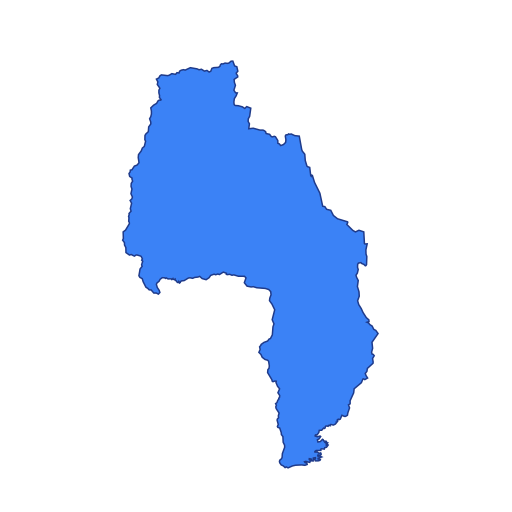 Ban Khok, Uttaradit, Thailand, rotated 323°
{"feature_id": "78962969B52849562974755", "entity_name": "Ban Khok", "entity_type": "district", "adm_level": 2, "iso_a3": "THA", "parent_name": "Thailand", "parent_adm1": "Uttaradit", "projection": "mercator", "projection_center": [100.999, 18.124], "detail": "fine", "context": "isolated", "style": "filled", "palette": "blue", "viewbox_px": 512, "rotation_deg": 323, "n_neighbors": 0, "source": "geoboundaries", "source_scale": "gbopen_adm2", "svg_char_len": 6106}
<svg xmlns="http://www.w3.org/2000/svg" viewBox="0 0 512 512"><g transform="rotate(323 256 256)"><path d="M233.2,438.2L235.0,436.5L239.3,433.6L240.3,430.5L242.2,430.7L244.1,428.2L251.6,424.1L254.5,421.1L263.9,420.6L267.3,418.6L267.9,418.8L268.5,420.2L271.7,420.6L271.9,417.7L272.6,415.5L275.1,414.9L277.3,412.8L284.9,412.1L285.8,411.1L287.4,408.0L290.4,406.8L290.4,405.2L289.7,404.1L290.4,402.4L293.6,399.9L296.7,394.7L306.8,391.4L306.9,387.5L305.9,385.5L306.6,381.8L305.7,379.5L305.5,377.0L304.8,375.7L306.8,376.4L307.7,374.9L307.0,371.6L307.5,365.4L308.4,361.4L308.8,356.7L310.2,352.9L314.3,350.2L316.7,346.6L318.6,341.4L322.9,337.1L323.5,333.6L324.3,331.5L326.6,330.7L329.5,328.3L330.3,326.1L332.1,323.9L333.5,323.3L335.8,324.4L335.9,325.6L337.1,327.6L337.4,329.6L338.1,329.8L339.1,329.4L344.2,323.1L345.0,320.7L347.4,317.3L352.1,313.2L350.3,312.0L350.1,311.3L356.6,301.6L353.7,297.4L349.9,296.6L348.7,293.8L347.5,285.5L349.4,284.5L349.7,283.8L343.5,275.3L342.2,270.2L343.2,264.5L340.5,261.2L340.7,258.0L339.2,256.4L344.8,244.3L347.0,232.6L349.5,225.6L349.2,225.0L348.1,225.6L348.1,224.7L352.2,217.6L350.9,215.6L350.8,214.8L352.8,209.4L356.2,204.1L356.1,200.1L356.6,198.4L362.7,186.3L359.4,183.2L357.6,179.8L356.1,179.0L355.5,178.1L354.3,178.2L352.9,177.3L351.6,177.8L349.8,181.2L348.0,183.1L345.0,183.5L342.2,182.7L342.1,180.5L341.3,179.1L342.9,176.9L343.3,172.5L342.6,171.4L340.7,170.7L340.1,169.8L340.1,167.0L337.8,164.3L338.5,162.4L337.9,160.6L337.4,159.7L335.0,157.9L330.7,152.3L326.8,150.0L330.3,146.5L330.7,143.8L332.4,141.8L335.0,140.6L340.8,134.8L338.5,131.1L335.8,131.4L334.9,128.7L332.3,125.3L330.1,123.4L329.7,122.6L329.8,121.7L331.0,119.7L333.4,117.3L336.6,116.1L339.2,114.5L337.9,113.4L338.1,110.3L342.3,107.3L343.2,104.4L344.8,101.8L349.2,102.0L349.9,100.8L349.9,98.9L350.3,98.0L352.7,97.5L354.6,93.3L353.3,91.3L354.8,86.4L353.3,85.4L350.4,85.6L349.0,84.9L347.4,83.3L345.4,82.8L344.0,81.7L342.6,81.9L341.3,82.8L339.5,82.7L335.7,80.2L333.7,79.6L331.1,81.2L329.3,80.9L328.5,78.3L326.1,77.3L324.8,74.0L322.6,73.0L321.5,71.0L316.9,66.1L311.3,64.9L310.3,63.6L308.1,62.6L306.2,62.4L304.7,63.5L303.2,62.0L301.1,62.5L298.5,59.7L295.5,59.4L294.0,58.8L289.4,54.4L287.7,54.3L285.5,55.3L282.9,54.8L282.4,57.9L280.4,59.6L280.2,64.2L278.3,65.1L276.6,67.3L275.5,69.9L274.3,71.2L274.2,74.1L273.6,74.2L272.6,73.3L271.3,73.1L268.4,74.3L265.0,73.9L261.1,74.4L259.7,77.3L257.9,79.7L255.8,81.4L253.6,82.4L252.6,85.6L251.5,87.2L248.0,88.3L244.8,91.9L241.2,92.3L239.8,93.0L237.2,96.3L236.9,97.9L232.7,101.3L230.2,101.4L227.6,103.0L223.2,104.3L221.2,106.5L218.7,111.1L215.6,111.8L213.0,111.0L208.8,112.5L207.3,111.8L206.1,113.1L204.2,113.7L203.0,116.4L203.9,119.2L203.2,119.9L202.5,122.0L200.1,122.9L198.1,125.2L197.2,127.9L193.6,131.0L192.8,134.5L191.2,135.7L188.9,135.9L188.4,139.0L184.1,142.6L183.2,145.0L180.2,145.6L179.8,146.4L177.9,147.9L177.7,148.8L175.2,151.7L175.1,152.8L174.3,154.0L167.4,156.8L164.4,156.8L160.6,162.2L159.0,163.1L159.0,166.1L157.6,168.1L157.1,171.0L154.2,175.0L155.5,179.1L157.2,179.7L158.8,182.9L160.9,183.1L161.6,183.6L163.9,186.7L164.0,187.5L163.5,190.0L162.2,190.5L162.4,192.0L159.3,194.2L158.9,195.7L155.6,196.6L150.6,201.3L150.4,203.2L151.5,205.7L150.4,208.6L149.3,214.7L150.1,216.8L150.3,218.7L151.8,220.0L152.1,224.1L154.1,225.6L155.1,227.7L157.3,227.3L158.0,225.2L158.2,221.8L159.3,218.8L160.4,218.0L163.5,217.8L165.3,216.9L168.1,216.9L169.9,218.4L170.2,219.4L171.1,219.4L171.9,221.3L174.5,223.2L174.6,224.2L176.1,224.0L175.9,224.7L176.5,225.7L177.5,225.7L176.9,227.0L177.3,227.4L177.3,229.8L178.1,230.4L179.0,229.9L178.6,231.5L179.6,231.6L180.2,231.1L181.4,231.0L183.8,232.4L188.7,232.9L190.1,233.6L192.0,235.7L194.1,236.2L197.0,237.9L198.8,238.4L199.4,241.6L201.9,244.9L205.5,245.1L208.1,244.2L211.6,245.3L212.5,246.7L214.7,247.4L215.6,248.8L220.2,249.2L222.0,252.0L221.3,252.6L221.7,253.5L224.0,254.8L225.2,256.9L226.9,257.7L229.7,261.5L234.6,265.3L234.8,267.5L230.6,270.3L230.7,274.7L233.5,277.8L235.4,278.9L237.5,281.8L243.9,287.5L246.0,290.4L246.3,293.3L244.7,296.0L241.6,298.0L239.9,299.8L239.8,304.0L238.6,310.2L230.6,316.6L229.5,321.0L226.9,322.8L221.6,328.8L217.9,330.6L216.4,330.2L214.1,330.9L210.4,329.8L206.8,329.7L206.3,330.2L204.2,330.7L203.1,333.1L200.3,334.7L200.7,337.6L200.0,340.6L200.9,344.0L202.6,346.3L202.7,347.7L200.5,351.8L198.8,353.5L197.1,353.9L195.1,356.1L194.2,364.4L193.6,365.7L193.9,366.6L195.8,367.2L196.8,368.2L195.8,369.1L194.8,373.0L194.9,376.3L191.2,378.4L191.0,381.6L189.8,383.0L188.5,383.3L188.0,384.1L186.6,384.3L184.5,385.7L182.8,385.7L182.5,387.4L181.0,388.4L180.3,389.9L179.9,395.3L177.6,397.1L176.7,398.8L175.1,399.0L174.1,399.7L172.4,403.9L170.5,405.0L170.3,406.0L171.4,407.6L169.9,412.2L168.8,413.9L168.8,416.4L165.6,421.1L165.0,424.2L163.8,426.0L158.1,429.7L155.6,432.6L154.2,433.3L152.4,433.3L151.2,434.0L150.5,435.4L150.4,438.0L151.5,440.1L151.9,442.5L153.2,442.6L154.1,444.5L158.8,445.6L161.7,446.9L166.7,450.3L169.1,452.6L171.4,453.3L171.9,452.1L170.8,450.3L170.9,449.5L172.2,450.0L174.7,453.2L176.3,452.3L176.1,450.4L176.6,449.9L177.9,451.3L177.2,453.2L178.3,454.1L180.2,451.8L182.1,452.8L181.5,453.7L180.4,453.6L180.1,455.3L182.3,457.0L184.1,457.7L185.0,457.2L183.4,455.4L183.8,454.9L187.5,456.0L186.4,453.9L185.0,453.3L185.1,452.6L185.9,452.2L186.9,453.5L188.5,453.8L189.2,452.6L189.1,452.1L187.6,451.5L187.0,449.5L185.1,448.1L185.4,447.5L186.9,447.5L190.8,450.3L191.6,449.3L192.4,449.5L194.4,451.3L195.5,450.4L197.2,451.2L199.9,450.4L199.7,449.6L198.3,449.4L198.7,448.8L200.8,448.4L200.2,447.6L199.4,447.8L199.1,447.3L198.9,446.5L200.5,446.8L200.6,446.3L198.8,444.5L199.1,443.1L198.8,442.4L195.7,442.9L193.5,441.8L194.4,439.7L196.4,440.0L199.0,439.1L198.8,438.3L196.2,437.3L194.9,435.4L195.4,434.8L196.0,434.7L197.2,435.6L200.0,434.7L201.6,433.3L203.6,434.7L206.4,434.1L206.8,434.9L207.8,434.9L208.6,434.0L209.7,433.9L211.1,435.4L211.9,434.9L213.1,436.1L213.3,435.5L214.3,435.5L216.1,437.6L218.3,438.0L219.8,437.6L220.1,437.0L220.6,437.4L222.0,437.0L221.8,436.3L222.5,435.7L223.6,435.9L223.9,436.7L225.1,437.0L228.8,434.9L230.0,437.2L231.0,438.0L233.2,438.2Z" fill="#3b82f6" stroke="#1e3a8a" stroke-width="1.5"/></g></svg>